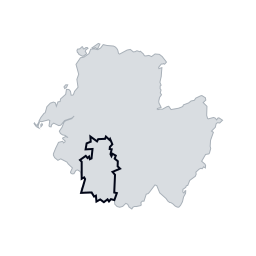 Nordrhein-Westfalen highlighted on a map of Germany, rotated 295°
{"feature_id": "DEU-1572", "entity_name": "Nordrhein-Westfalen", "entity_type": "State", "adm_level": 1, "iso_a3": "DEU", "parent_name": "Germany", "parent_adm1": "", "projection": "natural_earth1", "projection_center": [7.941, 51.424], "detail": "coarse", "context": "in_parent", "style": "outline", "palette": "ink", "viewbox_px": 256, "rotation_deg": 295, "n_neighbors": 0, "source": "natural_earth", "source_scale": "10m", "svg_char_len": 4120}
<svg xmlns="http://www.w3.org/2000/svg" viewBox="0 0 256 256"><g transform="rotate(295 128 128)"><path d="M112.7,209.4L106.6,206.1L101.2,206.4L100.3,205.3L98.5,205.4L95.7,203.7L93.2,204.7L92.7,205.7L92.8,206.2L95.3,206.3L95.6,206.8L93.1,207.8L89.0,207.5L84.2,208.5L80.1,208.3L77.7,207.5L77.1,206.0L77.2,203.7L78.2,200.7L78.5,198.5L78.1,197.1L78.6,195.0L80.2,192.2L82.6,184.2L87.9,178.5L87.8,176.5L78.6,174.5L77.1,174.0L75.7,172.5L68.4,173.4L67.8,171.9L65.9,171.2L63.8,172.5L63.1,172.3L60.3,168.7L59.6,167.0L58.2,165.9L56.2,165.7L56.8,162.4L58.7,160.0L58.8,157.9L54.7,156.3L52.7,154.0L52.2,151.3L53.4,148.2L56.7,146.3L56.3,143.2L53.5,141.6L53.3,141.1L54.5,140.0L50.3,136.5L51.3,133.1L50.6,132.1L48.6,131.3L48.0,130.3L49.4,130.0L52.8,127.6L52.9,127.3L51.9,126.9L51.8,125.9L54.0,120.9L53.9,120.0L52.2,117.6L52.1,116.7L49.7,113.9L49.7,113.0L53.5,111.3L56.8,112.5L58.0,111.8L59.6,111.9L63.6,110.6L64.6,109.1L63.1,107.8L63.3,106.8L67.7,104.0L68.4,102.7L68.7,100.1L68.1,99.3L67.5,98.7L63.7,98.3L62.8,96.8L63.1,94.9L63.8,94.5L68.3,94.5L70.2,88.9L71.3,87.1L71.6,80.1L69.1,78.1L70.1,74.1L71.8,71.9L73.1,71.3L79.1,71.0L85.6,71.1L88.3,74.4L87.3,76.0L88.9,76.8L89.7,76.5L90.6,73.5L91.2,73.0L93.9,75.0L94.0,77.7L94.7,74.1L94.1,71.6L94.5,69.1L96.1,67.1L100.9,67.9L106.1,67.5L108.2,68.4L112.7,73.1L116.1,74.1L113.5,73.1L108.0,67.4L102.2,65.9L100.9,64.3L101.0,58.6L98.8,57.4L96.5,57.8L96.1,56.5L96.5,55.5L101.7,54.0L101.8,52.5L97.1,46.9L96.9,44.4L100.8,44.6L105.7,45.7L106.9,46.5L113.0,45.5L117.7,47.1L120.0,49.5L120.1,51.5L117.4,53.9L122.1,53.5L123.3,55.3L125.8,54.6L132.2,57.3L137.0,55.9L137.9,58.1L137.0,60.3L133.7,62.6L134.4,64.1L135.5,64.4L138.7,64.1L143.8,65.5L150.5,61.1L155.9,60.6L163.7,54.0L171.5,55.2L173.6,58.1L178.9,61.2L183.6,60.9L185.4,63.9L186.2,67.5L189.0,69.4L193.1,70.3L193.9,74.1L196.1,80.1L196.1,82.0L195.4,84.1L194.2,85.8L191.6,87.9L191.4,89.1L198.3,94.3L200.2,96.9L199.2,100.6L200.3,102.4L201.4,103.0L201.9,104.0L202.0,106.2L202.8,106.8L201.6,110.7L200.4,112.3L200.8,113.7L202.6,116.2L202.7,119.2L206.5,121.2L208.0,125.3L207.2,128.8L204.0,135.0L201.3,134.2L201.4,132.9L200.9,132.8L200.0,131.1L196.0,130.1L194.9,130.9L197.0,133.2L188.8,136.3L182.9,137.6L180.8,139.9L179.7,139.4L177.3,140.4L176.4,141.9L173.5,142.4L172.3,144.3L169.1,143.7L165.3,144.5L163.7,145.5L160.7,149.3L158.1,146.4L157.5,146.4L157.3,147.4L158.9,149.4L159.5,151.2L163.9,154.4L164.9,155.7L162.9,159.2L167.3,165.5L170.5,168.5L172.4,168.5L176.4,172.4L179.1,173.7L181.1,176.4L183.7,176.8L187.7,180.1L188.6,181.2L188.1,185.3L186.2,186.7L182.8,185.4L181.0,190.4L172.6,194.0L170.2,196.2L170.2,196.9L173.7,201.1L173.8,202.9L172.8,204.9L175.3,205.4L175.6,206.4L175.0,210.4L171.3,209.0L170.6,206.8L169.1,206.1L165.5,206.8L160.5,205.0L160.2,207.2L151.8,208.0L146.1,210.2L144.4,211.6L139.8,212.4L138.7,212.2L136.8,209.5L129.0,208.8L127.8,213.0L126.8,214.2L124.5,215.0L124.8,213.0L122.4,212.4L122.3,211.1L120.7,209.8L116.7,208.2L114.9,209.3L112.7,209.4ZM183.2,55.9L183.7,57.4L183.2,58.1L181.3,56.8L179.3,56.9L178.2,58.8L177.4,58.9L174.3,57.1L173.8,56.3L174.0,52.3L174.9,51.5L175.0,50.3L176.6,49.0L178.1,48.9L179.3,50.8L182.2,52.0L182.4,52.5L180.9,54.1L181.3,54.9L183.2,55.9ZM192.1,65.4L192.2,67.1L187.2,67.0L186.8,65.6L187.1,64.4L185.4,63.0L185.4,61.5L192.1,65.4ZM91.4,45.7L90.3,47.4L90.5,44.3L92.3,41.0L93.1,41.1L92.1,42.6L91.9,44.5L96.2,44.7L95.7,45.3L91.4,45.7ZM141.6,55.1L139.0,55.1L137.0,54.0L138.2,52.6L140.8,53.3L141.6,55.1ZM95.5,48.6L94.8,49.2L92.3,48.6L94.1,47.6L95.2,47.8L95.5,48.6Z" fill="#d9dde1" stroke="#a8b0b8" stroke-width="1"/><path d="M62.4,107.5L77.8,100.3L78.7,98.0L84.9,101.5L83.7,104.0L85.7,104.8L83.6,106.6L85.0,107.8L94.0,104.7L90.7,98.6L96.6,97.0L99.8,100.0L104.4,97.5L102.8,105.6L105.3,105.7L108.5,111.8L110.9,111.6L109.4,116.3L110.5,116.4L106.6,120.7L103.2,119.6L101.2,120.3L101.8,122.2L96.9,123.2L95.5,124.9L98.1,124.9L97.8,128.6L94.6,128.9L93.6,132.8L88.9,134.8L87.8,138.0L81.7,132.5L80.1,136.0L63.7,142.8L64.3,145.4L56.9,146.1L56.3,142.6L53.4,141.8L54.7,139.6L50.6,137.5L51.5,133.0L48.0,130.5L53.1,127.5L51.5,126.2L54.2,122.3L49.4,112.9L63.6,110.7L64.7,109.1L62.4,107.5Z" fill="none" stroke="#020617" stroke-width="2"/></g></svg>